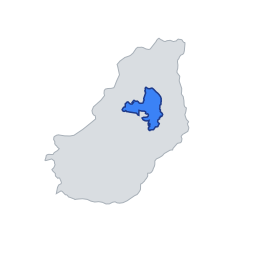 Jász-Nagykun-Szolnok highlighted on a map of Hungary, rotated 323°
{"feature_id": "HUN-3175", "entity_name": "Jász-Nagykun-Szolnok", "entity_type": "County", "adm_level": 1, "iso_a3": "HUN", "parent_name": "Hungary", "parent_adm1": "", "projection": "albers", "projection_center": [20.367, 47.222], "detail": "fine", "context": "in_parent", "style": "filled", "palette": "blue", "viewbox_px": 256, "rotation_deg": 323, "n_neighbors": 0, "source": "natural_earth", "source_scale": "10m", "svg_char_len": 4574}
<svg xmlns="http://www.w3.org/2000/svg" viewBox="0 0 256 256"><g transform="rotate(323 128 128)"><path d="M203.4,75.2L206.1,74.8L206.8,75.0L207.3,77.0L208.1,78.4L208.7,80.1L209.7,81.3L211.8,81.8L214.5,83.4L216.3,86.3L219.0,87.5L219.7,87.3L221.6,87.2L222.0,87.8L223.6,89.2L224.2,90.5L223.9,91.8L224.2,93.4L224.8,93.9L224.2,95.0L219.4,100.3L217.5,101.8L216.2,102.1L214.2,101.6L212.1,102.1L210.3,103.2L208.6,103.6L207.3,105.0L205.7,107.8L203.6,110.3L201.6,111.8L200.5,113.2L200.5,117.8L199.3,119.1L197.8,120.5L197.0,121.7L194.7,128.7L192.9,131.0L191.2,132.8L191.0,134.3L191.0,136.1L189.1,139.8L186.6,143.5L186.1,145.1L186.7,147.1L184.3,149.5L182.8,150.7L181.7,151.3L180.9,152.8L179.8,156.4L180.1,158.0L180.1,159.5L178.0,160.4L177.4,162.0L176.9,164.1L176.1,165.0L173.7,166.7L167.8,166.0L165.5,166.6L164.9,167.8L164.8,168.8L164.0,169.7L162.7,170.9L161.3,171.4L158.2,170.0L151.6,171.4L150.4,172.4L149.5,171.7L148.1,171.0L141.5,170.2L138.9,170.8L135.4,170.5L132.1,169.8L129.7,170.4L127.5,173.2L126.5,174.1L125.6,174.7L123.8,175.6L122.3,176.7L120.2,177.4L118.4,177.3L116.7,176.0L116.1,176.3L115.5,177.4L114.6,178.4L112.0,179.5L111.3,179.5L111.2,179.5L109.2,180.3L105.9,180.7L104.3,180.4L101.2,184.3L100.3,185.0L97.4,186.1L95.1,186.6L93.1,186.1L92.3,186.0L83.5,185.6L79.0,184.6L76.1,183.0L74.2,181.2L73.3,179.2L71.0,178.0L67.5,177.4L64.7,175.4L62.9,172.0L60.3,169.2L56.9,167.1L54.4,164.1L52.5,160.5L49.1,157.1L44.1,153.9L42.6,153.2L42.3,152.3L40.0,148.6L39.0,147.2L39.1,145.4L38.7,144.4L37.8,143.6L37.5,141.1L37.3,139.1L36.6,137.9L31.2,137.3L36.0,133.0L38.3,131.8L40.9,132.2L41.8,131.8L42.1,131.2L42.6,129.7L42.9,128.3L43.2,127.0L42.9,126.2L41.7,126.0L41.2,122.7L41.9,121.5L42.6,120.6L42.0,116.6L42.3,115.3L44.4,115.2L46.1,114.4L47.6,113.5L48.0,112.3L49.3,109.9L48.4,106.8L42.6,104.5L42.3,103.7L43.7,102.9L45.2,101.7L46.1,100.8L47.3,100.7L48.8,101.3L51.6,103.7L52.6,104.0L53.7,103.4L54.9,103.3L58.0,103.6L60.6,103.2L60.1,100.8L60.2,99.1L59.8,97.7L60.2,96.2L61.3,95.0L61.7,92.4L63.4,90.7L64.2,90.5L67.1,90.9L67.8,91.4L68.2,91.5L72.6,96.1L76.9,99.5L80.4,101.3L85.7,101.6L91.3,101.9L100.6,101.6L107.6,101.3L108.1,100.5L109.2,98.6L108.4,96.9L108.5,94.9L109.7,92.4L113.2,90.3L123.1,89.5L128.8,88.0L129.7,85.9L131.6,83.8L133.3,83.3L135.6,84.3L138.5,86.3L140.9,87.3L142.4,86.6L147.4,83.5L153.2,80.4L157.1,72.0L157.5,70.7L161.8,69.7L168.0,69.8L171.2,70.9L173.6,71.5L177.2,71.2L182.4,69.4L184.3,69.4L185.8,70.6L187.5,71.7L188.6,73.0L189.5,74.9L189.9,75.6L190.7,76.6L192.0,77.9L193.3,78.3L202.9,75.7L203.4,75.2Z" fill="#d9dde1" stroke="#a8b0b8" stroke-width="1"/><path d="M165.6,106.6L166.1,106.4L166.9,106.3L167.6,108.4L168.7,109.5L169.6,110.0L170.5,110.1L171.4,110.9L171.8,112.6L172.2,116.2L172.7,118.1L172.9,120.1L172.8,122.8L172.0,124.9L171.5,125.2L171.1,125.8L170.9,126.4L170.5,126.8L169.8,127.1L169.6,127.6L169.3,128.1L168.9,128.3L168.6,128.8L168.3,129.1L167.7,128.9L167.1,129.1L165.4,131.3L164.9,131.6L164.6,132.2L164.7,132.4L164.8,133.0L163.7,134.3L163.7,135.0L164.0,135.5L164.1,136.9L163.8,138.1L163.4,138.4L162.9,138.5L162.4,138.9L161.8,139.0L161.4,138.5L161.0,138.2L160.3,138.8L159.5,138.6L158.7,139.7L157.7,139.5L156.7,139.6L155.6,140.6L155.3,141.8L155.7,143.2L154.8,143.8L153.7,144.1L152.8,144.8L151.8,144.5L150.7,143.6L147.4,144.7L145.3,143.3L144.5,143.0L144.0,143.2L143.6,142.8L143.5,142.3L143.9,141.2L143.7,141.1L144.3,140.2L145.3,139.8L146.2,139.9L146.6,139.1L146.0,138.7L146.0,138.0L146.7,138.1L147.2,138.6L147.5,138.6L148.0,137.8L148.0,137.6L147.7,137.4L147.2,137.3L146.8,137.2L146.6,136.9L146.8,136.5L147.8,135.8L149.4,134.6L147.6,133.9L146.0,132.5L145.0,130.5L145.2,128.5L146.9,128.8L148.3,129.9L148.7,130.1L149.1,130.3L149.9,130.8L151.4,130.6L152.2,129.9L152.3,128.5L151.3,128.1L150.7,126.9L151.6,126.2L151.8,125.7L151.1,124.3L149.1,122.7L147.4,120.5L145.4,122.9L144.3,124.4L143.8,123.6L143.7,123.0L143.8,122.4L143.8,121.6L143.6,121.1L138.5,115.9L138.0,115.2L136.8,114.1L136.8,113.4L136.6,112.7L135.6,112.8L134.7,112.2L134.1,111.0L134.4,109.8L136.0,109.1L137.5,108.9L138.2,109.4L138.5,109.5L140.1,107.4L140.6,106.9L141.2,107.1L142.6,106.7L143.7,107.1L143.9,108.8L144.4,110.4L145.9,111.4L147.3,111.0L146.8,110.7L146.6,110.1L149.2,109.4L149.6,109.7L149.9,110.8L150.5,111.5L151.6,112.1L152.0,113.4L151.9,114.4L152.2,115.1L152.7,115.7L154.3,116.8L154.9,117.0L155.6,116.8L155.9,116.6L156.3,116.1L156.4,115.9L157.4,115.6L157.8,115.2L158.0,114.3L158.2,114.0L163.2,110.6L163.4,109.8L163.4,109.6L163.7,109.5L163.8,109.4L163.9,109.2L164.0,109.0L163.8,108.5L164.1,108.2L165.0,107.8L165.3,107.3L165.5,106.9L165.6,106.6Z" fill="#3b82f6" stroke="#1e3a8a" stroke-width="1.5"/></g></svg>